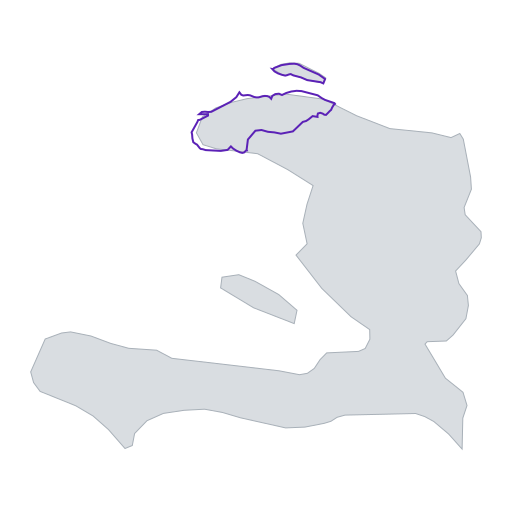 Nord-Ouest on a map of Haiti (Natural Earth projection)
{"feature_id": "HTI-1361", "entity_name": "Nord-Ouest", "entity_type": "Department", "adm_level": 1, "iso_a3": "HTI", "parent_name": "Haiti", "parent_adm1": "", "projection": "natural_earth1", "projection_center": [-72.992, 19.852], "detail": "fine", "context": "in_parent", "style": "outline", "palette": "violet", "viewbox_px": 512, "rotation_deg": 0, "n_neighbors": 0, "source": "natural_earth", "source_scale": "10m", "svg_char_len": 2793}
<svg xmlns="http://www.w3.org/2000/svg" viewBox="0 0 512 512"><path d="M459.8,133.5L463.3,139.2L470.6,177.1L471.4,189.2L464.1,207.5L465.2,214.8L481.0,231.7L481.3,237.8L479.4,243.9L465.9,260.0L455.6,271.0L458.9,283.6L467.4,295.5L468.4,305.5L465.9,318.7L453.0,335.1L446.3,341.0L427.2,341.7L425.0,344.1L434.6,360.1L445.4,378.2L463.0,392.3L467.0,405.5L462.8,418.1L462.1,449.1L448.6,434.0L433.8,421.5L424.8,416.6L415.6,413.5L345.0,415.1L337.1,417.3L330.9,421.3L324.3,423.3L304.9,427.1L285.6,427.9L240.5,417.8L222.6,412.5L204.6,409.2L184.0,410.3L163.4,413.4L147.0,420.7L134.6,433.5L132.3,445.5L125.0,448.5L108.4,429.5L93.1,416.0L75.8,405.8L40.1,391.4L33.6,382.6L30.7,371.9L45.2,339.0L61.6,333.0L70.6,331.9L90.9,336.0L110.7,343.4L128.7,348.3L156.6,350.2L171.8,358.3L279.1,370.8L299.5,374.7L307.4,373.3L314.3,368.4L320.1,359.6L326.7,352.9L358.5,351.4L365.2,348.5L369.9,339.2L369.7,329.6L351.0,316.7L321.8,288.4L296.0,255.1L307.1,243.8L302.8,223.3L307.0,204.3L313.1,185.6L287.7,169.6L257.6,153.7L215.9,148.7L203.0,144.7L196.4,132.8L202.4,116.8L215.9,107.9L231.4,102.4L247.3,98.6L285.6,94.1L323.6,99.2L356.5,115.7L389.8,128.6L432.0,132.9L451.0,137.6L459.8,133.5ZM297.0,310.3L294.2,323.6L253.6,307.8L220.6,287.9L222.0,277.2L238.8,274.7L255.0,281.3L278.8,294.6L297.0,310.3ZM319.3,73.5L325.7,77.9L323.3,83.2L307.3,79.9L290.7,73.9L285.3,75.4L281.9,74.6L272.3,68.8L280.8,64.4L289.5,62.9L299.1,63.3L319.3,73.5Z" fill="#d9dde1" stroke="#a8b0b8" stroke-width="1"/><path d="M246.8,150.3L246.6,150.3L245.8,150.7L245.0,151.6L244.0,152.5L242.3,152.9L239.9,152.3L236.4,150.7L233.0,148.5L230.9,146.4L227.6,149.9L220.8,150.9L205.7,150.1L202.7,149.2L200.9,149.0L199.8,148.2L197.0,144.6L195.5,143.8L193.3,142.2L192.4,138.4L192.1,134.5L191.6,132.3L197.3,122.1L198.2,120.0L199.7,119.9L208.0,115.6L208.0,114.2L199.2,114.2L201.8,112.0L204.8,111.7L208.1,112.0L211.3,111.8L230.6,101.8L236.3,97.2L239.4,92.3L241.3,94.8L243.2,95.5L247.7,95.0L250.0,95.3L254.2,97.0L256.4,97.4L258.3,97.4L259.3,97.2L262.5,96.2L264.8,95.9L267.3,96.1L269.5,97.0L271.2,98.8L272.3,95.9L275.3,94.1L278.9,93.7L282.0,95.0L286.2,93.0L291.3,91.5L296.6,90.8L301.5,91.1L317.7,95.3L321.7,98.1L325.0,99.9L334.4,103.1L335.0,103.9L333.7,104.9L332.1,107.6L331.1,109.9L329.8,111.0L328.0,112.9L326.0,114.9L324.3,114.7L322.7,113.6L320.2,112.8L317.9,113.5L317.4,115.7L317.5,116.9L312.6,116.1L308.7,119.3L306.1,121.0L302.8,121.9L292.9,131.4L280.9,133.7L274.4,132.4L267.9,131.8L261.5,130.0L255.4,130.7L247.9,139.5L246.6,149.8L246.8,150.3ZM289.7,63.9L294.3,63.7L297.3,64.2L300.1,65.5L303.7,67.9L318.7,74.5L325.1,79.0L323.3,83.4L320.7,82.2L307.2,80.1L301.0,77.4L293.3,75.4L290.7,74.1L288.8,74.5L287.0,75.2L285.2,75.6L281.9,74.8L278.0,73.4L274.5,71.4L272.3,69.0L273.0,69.1L273.4,68.8L274.3,67.9L281.7,65.1L289.7,63.9Z" fill="none" stroke="#5b21b6" stroke-width="2"/></svg>